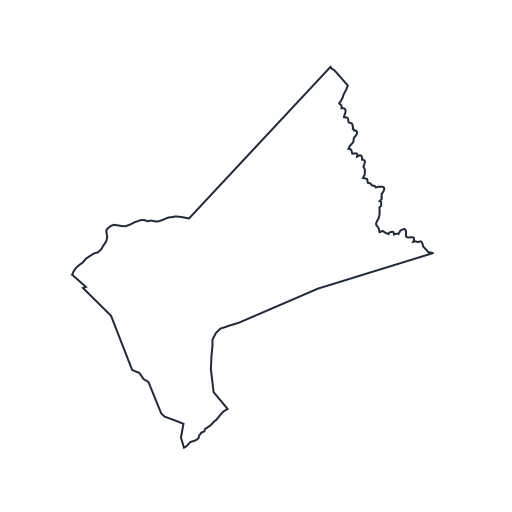 outline of Mongomo, Wele-Nzás, Equatorial Guinea, rotated 223°
{"feature_id": "11065452B93694652116414", "entity_name": "Mongomo", "entity_type": "district", "adm_level": 2, "iso_a3": "GNQ", "parent_name": "Equatorial Guinea", "parent_adm1": "Wele-Nzás", "projection": "equal_earth", "projection_center": [11.198, 1.625], "detail": "fine", "context": "isolated", "style": "outline", "palette": "slate", "viewbox_px": 512, "rotation_deg": 223, "n_neighbors": 0, "source": "geoboundaries", "source_scale": "gbopen_adm2", "svg_char_len": 5849}
<svg xmlns="http://www.w3.org/2000/svg" viewBox="0 0 512 512"><g transform="rotate(223 256 256)"><path d="M172.5,124.8L194.1,127.5L211.9,142.5L220.3,152.4L226.5,160.5L230.8,165.2L232.8,172.3L232.5,178.7L229.8,183.4L228.3,186.4L223.1,195.4L188.4,274.5L128.7,378.5L128.9,378.6L129.0,378.5L129.2,378.4L131.1,377.4L132.5,376.3L140.8,377.1L141.2,377.6L141.9,378.1L143.1,378.7L144.6,379.1L144.9,379.1L145.2,379.1L145.6,378.9L145.8,378.7L146.0,378.4L147.1,376.5L149.0,375.7L149.6,375.2L150.7,373.6L151.1,374.9L151.2,375.2L151.4,375.5L151.5,375.7L152.4,376.5L152.6,376.7L152.9,376.9L153.3,376.9L153.5,376.8L153.8,376.7L155.2,375.8L155.6,375.4L156.6,373.9L158.5,372.6L160.1,372.9L162.2,375.5L162.5,375.8L164.6,377.1L164.9,377.2L165.1,377.2L165.5,377.2L165.8,377.0L165.9,376.9L166.1,376.7L166.3,376.4L167.4,374.0L167.5,373.7L167.6,373.4L167.6,372.9L167.6,372.5L167.1,370.4L167.1,370.0L166.8,369.3L167.3,369.2L167.5,369.1L167.9,368.7L169.2,367.0L169.5,366.5L169.6,366.3L169.7,365.7L169.8,365.7L171.0,366.8L171.3,367.0L171.5,367.1L171.9,367.2L172.3,367.0L172.5,366.9L172.7,366.7L173.9,365.2L174.2,364.7L174.3,364.2L174.3,363.7L174.2,363.1L174.0,362.4L178.4,360.9L179.1,361.1L179.3,361.1L179.7,361.1L180.0,361.0L180.3,360.7L180.6,360.3L181.5,358.4L181.9,357.7L182.6,358.2L184.1,359.3L184.4,359.5L186.0,360.1L186.3,360.2L188.8,360.5L190.3,361.6L190.9,362.9L192.0,366.9L192.1,367.2L192.1,367.4L193.7,370.1L193.8,370.4L195.8,372.7L197.9,374.8L198.8,375.6L198.8,377.7L198.9,378.2L199.1,378.6L199.2,378.8L199.5,379.1L201.2,380.6L201.4,380.7L201.7,380.8L202.0,380.9L203.0,380.5L203.0,382.9L203.1,383.6L203.3,384.0L203.5,384.3L203.9,384.3L204.3,384.4L204.6,385.0L204.9,385.5L206.1,386.6L206.4,386.9L206.4,387.1L206.6,388.5L206.7,389.6L206.9,390.3L207.0,390.5L207.7,392.1L208.2,392.8L208.7,393.1L209.4,393.3L209.9,393.2L210.1,393.1L210.6,392.9L210.8,392.8L211.0,392.7L211.9,391.9L212.7,391.1L213.9,389.8L214.0,389.6L214.3,389.2L214.5,388.9L214.6,388.7L215.0,388.2L215.3,387.8L215.4,387.7L215.8,388.0L216.3,388.1L216.8,388.2L217.0,388.1L217.8,387.8L219.0,386.8L219.2,386.6L220.8,386.9L221.2,387.0L221.4,387.0L221.6,387.1L221.9,387.0L222.1,387.0L222.5,386.8L222.7,386.7L222.9,386.6L223.5,386.0L223.7,385.8L223.8,385.8L224.0,385.8L224.4,386.1L224.6,386.2L225.2,386.5L225.3,386.5L225.6,386.7L225.8,387.0L226.0,387.3L226.4,387.6L227.1,387.9L227.5,387.9L228.0,387.8L228.5,387.5L228.7,387.4L228.8,387.4L229.4,386.9L230.9,386.0L231.0,386.5L231.5,387.5L231.6,387.9L231.8,388.5L231.9,388.9L232.0,389.2L232.0,389.4L232.3,389.9L232.8,390.8L233.4,391.4L233.5,391.5L233.9,391.9L234.4,392.4L234.7,392.9L235.0,393.2L235.5,393.5L235.9,393.6L236.3,393.9L236.9,394.1L237.5,394.2L238.2,394.4L238.4,394.7L238.5,395.0L239.1,396.2L239.5,397.2L239.6,397.4L239.7,397.7L240.3,398.9L240.4,399.0L240.6,399.2L240.8,399.4L241.5,399.8L241.9,399.8L242.5,399.7L243.2,399.5L243.8,399.1L244.1,398.8L244.5,399.2L245.2,399.7L245.6,400.2L245.8,400.4L246.0,400.6L246.3,400.8L246.5,400.9L247.0,401.0L247.4,401.1L248.0,401.0L248.2,400.8L248.8,400.3L249.1,399.7L249.2,399.3L249.4,398.5L249.8,397.6L249.9,397.8L250.1,398.2L250.2,398.4L250.4,398.7L250.6,399.0L250.8,399.1L251.0,399.3L251.3,399.5L251.6,399.5L251.9,399.5L252.3,399.5L253.0,399.2L253.6,398.6L254.0,398.0L254.4,397.5L254.9,396.9L255.2,396.7L255.5,396.5L255.9,396.7L256.1,397.0L256.3,397.1L256.5,397.3L256.8,397.4L257.2,397.7L257.4,397.8L257.5,397.9L257.7,398.0L258.1,398.2L258.7,398.4L259.0,398.4L259.2,398.5L259.9,398.4L260.2,398.3L260.4,398.2L260.5,398.1L261.4,397.4L261.6,397.9L261.8,398.4L262.1,399.3L262.4,400.5L262.5,401.8L262.5,404.6L262.6,405.4L262.7,405.7L262.8,406.0L263.1,406.6L263.3,406.8L263.4,407.1L264.0,407.7L264.2,408.0L264.6,408.8L264.9,409.4L265.0,409.8L265.1,410.4L265.1,410.8L265.1,411.8L265.1,412.0L265.3,413.1L265.5,414.0L265.8,414.7L266.1,415.1L266.7,415.5L267.0,415.7L267.3,415.7L267.9,415.8L268.1,415.7L268.3,415.7L268.8,415.5L269.1,415.3L269.3,415.2L269.8,414.7L269.9,414.8L270.3,415.1L270.8,415.2L271.3,415.1L271.8,414.9L272.0,415.2L272.1,415.4L272.2,415.6L272.6,416.0L272.8,416.2L272.9,416.4L273.3,416.6L273.9,416.9L274.9,417.7L275.6,418.1L276.2,418.2L276.6,418.1L276.8,418.0L277.0,418.0L277.3,417.9L277.7,417.7L278.7,417.1L279.2,417.0L279.5,417.1L280.1,417.4L280.5,417.6L280.9,418.0L281.0,418.1L281.5,418.6L281.9,419.0L282.3,419.1L282.5,419.2L282.7,419.3L283.1,419.3L283.7,419.3L284.2,419.0L284.9,418.6L285.7,417.8L286.4,417.5L286.5,417.6L286.7,418.0L287.2,419.2L287.6,419.9L287.8,420.5L288.1,421.0L288.3,421.5L288.8,422.4L289.4,423.2L289.9,423.7L290.5,423.9L290.7,424.0L291.0,424.1L291.9,424.1L292.5,423.9L293.5,423.2L293.9,422.8L294.2,422.3L294.3,422.4L295.0,423.4L295.5,423.8L296.2,424.2L296.9,424.4L297.1,424.4L297.2,424.5L297.9,424.5L298.1,424.4L298.8,424.2L299.1,424.0L299.3,423.8L299.3,423.7L299.7,427.4L300.6,430.8L302.0,433.8L302.7,436.1L303.5,439.3L305.2,443.3L325.2,445.3L328.3,444.7L330.5,445.1L330.6,237.8L336.6,234.0L339.0,232.3L342.0,229.9L343.9,227.1L345.4,225.6L346.9,223.3L348.1,220.4L349.2,218.1L350.5,215.6L352.2,213.4L354.4,211.9L357.0,210.3L359.0,207.4L360.2,206.9L362.3,206.2L365.0,203.3L367.7,198.1L369.4,193.4L371.8,188.7L374.4,186.5L378.0,184.1L381.2,181.9L382.7,178.9L383.3,174.5L382.8,172.4L379.8,170.0L377.7,168.2L375.9,165.4L375.1,162.2L374.7,159.0L373.8,155.8L374.1,150.9L376.3,147.2L377.6,142.1L378.5,138.3L378.3,132.9L379.2,128.5L379.5,124.4L378.7,119.5L377.8,117.6L377.8,116.9L359.3,117.4L360.7,114.6L321.2,113.4L268.9,88.2L261.4,90.9L254.3,89.3L248.7,90.5L217.9,76.2L213.3,76.2L202.8,80.6L194.6,83.8L187.1,72.1L178.0,66.7L177.2,69.0L177.1,71.6L177.2,74.7L177.1,75.2L175.1,78.7L174.2,81.0L173.8,83.5L175.0,85.6L175.1,86.2L175.5,89.3L175.4,89.4L175.5,89.6L175.4,89.8L175.4,90.0L174.2,92.4L175.1,94.4L175.2,95.1L175.1,95.4L174.1,99.4L173.7,101.8L173.8,105.8L173.3,109.5L173.5,112.8L173.8,116.2L173.8,119.8L173.7,120.3L172.5,124.8Z" fill="none" stroke="#1e293b" stroke-width="2"/></g></svg>